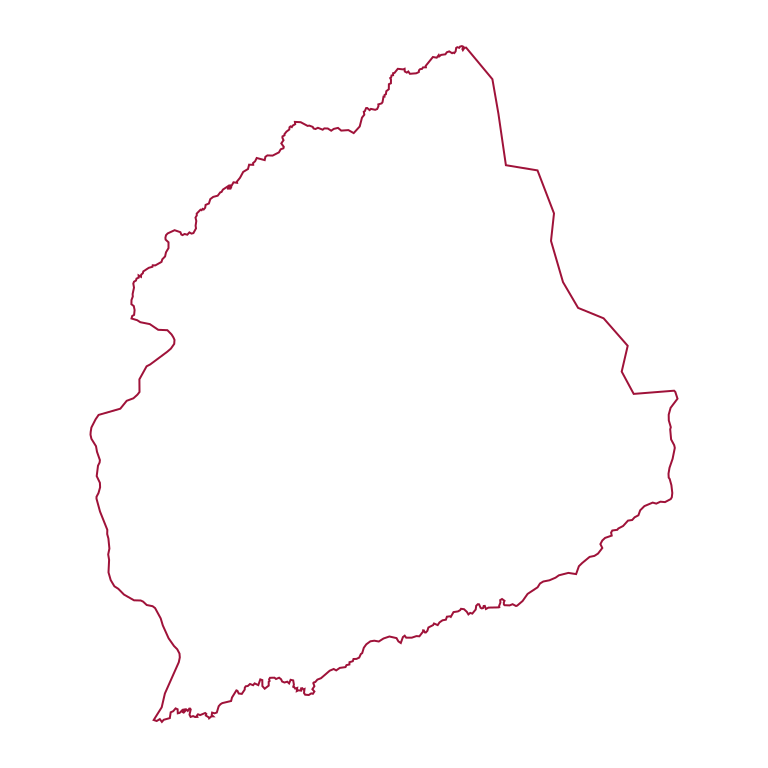 Garu, Upper East, Ghana
{"feature_id": "2480657B97498759939018", "entity_name": "Garu", "entity_type": "district", "adm_level": 2, "iso_a3": "GHA", "parent_name": "Ghana", "parent_adm1": "Upper East", "projection": "natural_earth1", "projection_center": [-0.247, 10.771], "detail": "fine", "context": "isolated", "style": "outline", "palette": "rose", "viewbox_px": 768, "rotation_deg": 0, "n_neighbors": 0, "source": "geoboundaries", "source_scale": "gbopen_adm2", "svg_char_len": 6058}
<svg xmlns="http://www.w3.org/2000/svg" viewBox="0 0 768 768"><path d="M638.4,515.3L640.2,510.3L644.4,506.1L652.7,502.6L656.3,503.6L660.4,501.7L665.0,502.1L670.7,499.1L671.8,497.3L672.3,493.0L671.4,485.2L669.7,479.0L668.7,477.6L668.5,473.7L669.5,467.8L672.6,458.8L674.8,447.9L674.2,445.2L671.1,439.4L670.2,429.3L670.8,427.2L668.8,420.4L668.7,414.7L670.6,407.8L677.5,398.7L675.3,391.9L674.1,390.7L633.7,393.9L621.7,371.6L627.7,345.8L603.6,318.3L578.1,307.9L563.0,282.1L551.0,240.9L554.0,213.4L537.5,170.4L505.9,165.2L498.4,113.6L492.4,79.2L466.1,47.6L464.4,47.9L462.9,50.1L462.4,49.1L463.3,46.7L461.9,46.1L460.0,46.6L459.2,47.8L457.3,47.2L456.2,47.9L455.6,51.4L454.3,53.1L453.2,52.6L452.1,53.2L449.2,51.4L446.8,52.3L445.4,54.3L441.1,54.9L439.2,56.4L438.7,55.1L436.7,57.7L432.9,57.0L425.7,65.9L425.9,67.3L423.0,67.4L422.0,68.9L420.2,69.1L419.0,70.3L418.8,72.1L416.2,73.3L409.9,73.8L408.3,71.5L406.8,72.6L404.8,71.5L404.6,68.8L403.2,69.4L397.8,68.8L394.5,72.9L393.1,73.2L393.1,75.2L391.5,75.5L391.1,77.6L390.2,78.1L391.0,79.7L390.9,83.3L388.9,84.2L388.8,89.2L386.3,91.2L385.9,94.2L384.6,94.9L384.5,96.7L383.5,96.7L382.5,102.2L381.6,103.4L378.3,104.4L378.5,106.0L377.2,109.0L375.2,109.8L370.9,108.9L369.6,110.1L367.2,108.0L366.1,108.1L364.8,111.2L363.8,111.7L364.3,114.7L362.0,117.6L359.7,126.5L353.7,133.1L348.4,130.1L341.2,130.6L338.0,127.9L333.8,128.9L331.2,130.7L327.8,128.5L324.3,128.4L322.7,129.7L317.9,127.8L315.5,129.0L313.6,128.5L312.7,126.9L309.3,125.6L307.6,125.9L300.7,122.2L294.9,121.9L295.2,124.2L292.7,125.6L291.8,127.1L290.5,126.4L289.5,127.3L289.3,129.5L286.5,131.6L284.5,134.1L284.5,135.3L282.5,136.4L282.4,137.8L283.5,140.2L281.3,143.4L283.8,146.9L283.4,148.3L280.7,149.3L278.9,152.4L272.6,155.6L267.4,155.4L265.4,156.8L264.7,160.1L256.7,158.0L255.1,161.3L253.1,163.0L253.2,164.8L249.1,164.7L248.0,169.0L243.2,171.9L240.0,177.8L236.9,181.6L237.1,182.8L233.5,182.3L231.6,185.7L230.4,185.4L229.9,186.3L231.1,187.4L230.5,188.6L227.9,188.6L227.8,187.8L228.8,186.8L228.6,185.8L222.9,189.6L221.5,192.0L220.3,192.3L217.7,195.7L213.2,196.9L210.3,199.1L208.9,203.5L205.6,204.9L205.2,207.7L203.7,209.5L202.6,208.9L201.6,210.2L200.5,209.7L196.7,213.6L196.8,215.4L195.5,217.6L196.3,221.0L195.6,225.7L196.0,228.4L193.4,233.1L191.5,233.6L189.4,232.4L187.3,234.7L184.6,234.0L182.5,235.1L181.3,234.5L180.4,232.2L174.6,230.2L167.7,233.4L166.0,235.2L165.4,237.8L165.6,239.6L168.5,242.3L168.5,248.1L166.0,252.3L165.1,256.4L162.3,259.3L161.5,261.9L155.3,265.4L152.7,265.3L152.4,266.8L148.8,267.8L143.3,271.4L142.8,273.3L141.2,274.6L141.0,276.8L138.6,275.4L138.7,277.6L136.5,278.6L136.0,280.5L134.0,281.7L133.3,283.6L134.0,287.6L132.6,294.1L132.8,296.5L131.5,300.0L131.4,304.2L133.8,306.1L134.6,310.1L134.1,314.9L132.2,316.0L131.5,318.5L137.2,320.2L140.3,322.2L149.8,324.1L158.2,329.8L167.4,330.2L171.6,334.5L173.4,337.4L174.5,339.9L174.2,343.9L170.9,348.6L167.3,351.7L150.1,364.5L146.6,366.3L139.4,379.3L139.5,392.0L137.4,394.7L133.4,398.3L126.7,400.8L120.3,408.7L98.6,414.9L95.6,419.3L91.4,427.5L90.7,431.8L90.5,434.7L91.4,438.8L96.0,446.2L97.0,451.8L99.9,460.1L99.6,462.5L98.0,465.7L96.7,476.1L99.9,482.8L100.1,487.3L98.5,493.0L96.5,496.8L96.5,498.7L100.0,511.5L107.3,529.8L107.2,534.1L108.4,538.5L109.4,548.6L108.2,554.4L109.1,559.9L108.5,572.4L110.7,580.1L114.4,586.3L118.3,588.8L124.0,594.6L134.0,600.3L140.7,600.5L143.1,601.6L146.7,605.0L152.6,606.2L155.1,608.1L160.7,618.4L162.8,625.4L168.6,638.3L174.0,646.0L177.2,649.2L179.5,653.6L179.8,657.4L178.8,662.2L164.9,693.5L161.7,707.3L153.7,720.0L156.7,721.0L159.8,719.1L161.9,721.9L163.7,719.8L169.8,718.1L170.7,712.3L173.2,711.2L175.6,708.4L177.6,709.3L177.8,713.3L179.6,712.9L182.6,709.8L184.3,709.5L182.9,712.2L183.7,712.6L186.5,709.6L187.8,710.9L189.3,708.6L190.1,708.6L190.7,709.4L189.5,714.7L190.6,716.9L193.1,716.1L195.1,717.0L197.3,716.9L196.8,715.7L198.0,714.3L200.1,715.1L205.2,713.0L206.3,713.9L205.8,715.5L208.8,717.4L209.1,718.3L211.5,716.3L213.1,716.3L211.7,715.0L212.1,712.6L214.6,713.3L216.8,712.5L218.7,706.2L220.5,704.2L222.3,703.1L231.1,701.0L232.0,697.5L236.4,690.4L237.4,690.8L238.7,693.5L241.8,693.9L244.7,689.6L244.8,687.7L245.7,686.3L247.8,686.0L250.0,684.0L253.1,685.2L254.6,683.4L258.3,685.1L260.3,679.4L262.3,680.1L262.4,686.1L264.7,688.7L268.7,685.6L268.7,681.8L269.6,681.0L269.1,679.3L270.0,677.8L274.5,677.7L276.0,679.0L279.1,677.7L281.1,679.3L282.1,681.5L284.4,682.5L287.3,681.7L289.1,683.4L290.6,679.8L293.2,680.4L293.9,684.6L293.0,687.6L293.9,686.6L295.2,688.6L297.2,687.9L296.8,691.1L298.5,690.3L301.1,690.6L301.1,688.4L302.3,688.2L303.3,689.5L304.5,689.0L304.0,693.0L305.1,694.7L308.8,695.0L311.2,693.4L312.9,693.8L314.4,691.5L312.4,689.2L314.4,686.2L313.3,683.1L313.7,682.5L315.3,682.0L317.4,679.6L321.0,678.2L329.7,670.7L333.7,669.0L336.2,670.4L339.8,667.9L345.5,667.1L346.5,665.1L349.4,664.5L349.5,662.2L352.8,661.2L353.5,659.0L356.5,658.9L359.2,657.6L360.8,654.1L362.2,653.1L363.8,647.8L366.3,644.3L370.4,641.3L374.3,640.7L378.8,641.5L383.5,638.5L389.4,636.5L396.5,638.1L398.4,641.4L400.8,643.0L402.9,637.1L404.7,635.7L406.2,637.7L411.7,637.7L416.4,636.1L419.4,636.3L423.2,631.4L423.1,630.4L423.8,630.4L424.8,632.4L425.8,632.5L427.4,630.8L428.4,627.5L433.1,625.1L434.0,623.5L437.7,625.1L439.5,622.4L442.5,620.3L445.9,619.7L446.9,616.7L450.0,616.3L450.8,616.9L453.5,612.1L458.0,611.4L460.2,610.1L461.0,608.8L464.0,609.2L466.8,611.8L468.4,614.4L470.2,612.9L472.3,613.6L475.7,609.5L476.2,605.8L477.8,604.2L479.0,604.3L480.6,607.8L481.8,608.4L483.1,608.0L483.7,606.0L484.8,605.9L485.9,609.0L488.5,607.6L498.4,607.4L499.3,607.2L499.1,606.0L500.4,602.6L500.2,600.1L502.0,599.0L504.5,600.8L503.8,602.5L503.9,604.5L504.6,605.2L509.6,605.4L512.6,604.2L516.0,606.0L517.2,605.6L522.6,601.0L527.6,593.9L537.6,587.3L540.0,583.5L543.3,581.5L549.4,580.3L555.5,577.7L558.9,575.3L568.4,572.9L576.1,574.1L578.9,566.2L582.3,562.9L589.6,556.9L594.4,555.9L598.0,553.6L602.3,548.0L600.4,544.1L602.3,540.5L605.1,537.9L611.7,535.6L611.1,532.6L612.3,530.5L617.3,529.8L618.3,528.5L623.1,526.0L628.0,520.6L632.2,520.0L634.6,517.3L638.4,515.3Z" fill="none" stroke="#9f1239" stroke-width="2"/></svg>